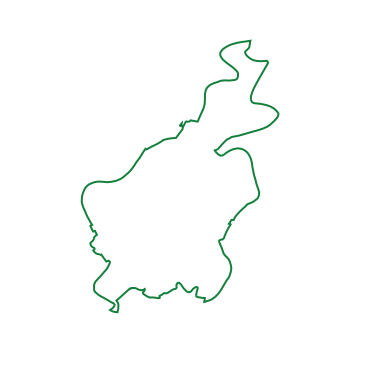 outline of Thanh Ha, Hải Dương, Vietnam, rotated 235°
{"feature_id": "81297802B77309747732529", "entity_name": "Thanh Ha", "entity_type": "district", "adm_level": 2, "iso_a3": "VNM", "parent_name": "Vietnam", "parent_adm1": "Hải Dương", "projection": "equal_earth", "projection_center": [106.42, 20.888], "detail": "fine", "context": "isolated", "style": "outline", "palette": "green", "viewbox_px": 384, "rotation_deg": 235, "n_neighbors": 0, "source": "geoboundaries", "source_scale": "gbopen_adm2", "svg_char_len": 5993}
<svg xmlns="http://www.w3.org/2000/svg" viewBox="0 0 384 384"><g transform="rotate(235 192 192)"><path d="M254.3,223.1L254.2,222.6L253.6,221.5L253.5,221.3L253.5,220.6L253.4,220.4L253.1,220.3L252.9,220.3L252.3,220.9L251.5,221.8L251.2,221.9L250.8,222.0L250.6,221.9L250.2,221.7L249.9,221.1L249.0,220.5L248.9,220.4L245.5,209.9L248.1,205.4L249.3,202.9L251.1,198.3L250.9,197.6L251.1,193.8L251.3,191.8L251.3,191.1L252.3,185.0L253.0,179.1L254.1,178.7L252.7,175.0L250.0,168.7L248.2,163.2L246.7,159.7L245.5,156.1L244.8,153.9L244.5,152.4L244.0,148.6L243.6,144.2L243.6,142.3L243.7,140.9L244.4,137.3L245.4,134.5L246.8,131.5L248.1,129.1L249.3,127.4L250.8,125.7L253.7,122.0L254.6,120.6L255.4,119.0L256.1,117.4L256.7,115.1L257.1,112.9L257.3,111.7L257.2,110.1L256.8,108.0L256.3,106.3L255.1,104.2L253.5,101.8L251.8,99.7L248.3,96.8L246.2,95.5L243.2,94.5L240.6,93.9L232.7,92.3L224.6,91.4L222.3,91.3L222.6,89.4L222.0,89.2L220.3,88.9L216.9,88.4L216.3,88.4L215.9,90.2L211.5,89.6L211.2,86.2L210.7,85.7L210.1,85.0L209.5,84.1L209.1,83.1L208.8,81.8L208.5,79.9L208.3,79.5L208.1,79.2L207.2,78.8L206.0,78.6L204.7,78.7L204.0,78.9L202.2,79.8L201.9,79.8L201.6,79.8L201.3,79.6L201.0,79.2L200.8,78.7L200.8,78.1L200.8,77.6L198.6,77.7L196.5,78.3L195.6,78.9L194.6,79.9L193.9,80.4L193.4,80.8L193.0,81.1L192.9,81.8L184.2,81.9L184.0,82.8L183.7,84.0L183.4,84.2L182.8,84.6L182.2,84.7L181.6,84.5L180.4,82.9L178.9,80.4L178.2,79.0L177.6,77.3L176.7,73.2L175.7,69.5L175.0,66.1L174.0,61.7L173.6,60.7L172.6,59.2L171.4,58.0L169.4,56.6L167.4,55.4L166.6,55.3L165.7,55.3L163.7,55.8L161.1,56.5L158.2,57.8L154.9,59.5L147.5,62.9L146.1,63.7L145.4,63.9L144.8,64.0L144.4,64.0L143.9,63.9L143.2,63.1L142.9,62.4L142.4,60.5L142.3,58.5L142.4,57.2L140.6,58.0L138.7,59.3L138.1,59.9L136.3,61.9L136.9,62.7L137.5,63.4L139.2,65.1L141.2,66.6L142.2,67.2L143.4,67.7L144.4,67.8L146.5,67.9L146.5,69.1L148.5,85.3L148.1,85.5L148.1,85.8L148.3,86.8L147.8,87.7L146.9,89.0L146.1,90.2L145.3,90.8L142.3,92.5L141.1,93.7L140.3,94.5L139.9,95.5L139.7,96.3L139.7,97.6L139.0,97.4L138.7,96.9L138.4,96.3L138.2,95.6L137.9,94.6L137.6,94.1L137.3,93.9L137.0,93.7L136.8,93.7L136.3,93.7L135.5,94.0L131.9,95.5L129.7,97.0L129.2,97.7L128.7,98.7L126.3,101.5L124.5,103.3L123.9,104.2L123.8,104.4L123.8,104.6L123.9,105.0L124.3,105.2L125.2,105.4L125.5,105.7L125.5,106.0L125.4,106.6L125.2,107.8L125.1,108.4L125.2,110.7L125.2,111.0L125.0,111.4L124.1,112.4L123.7,112.8L123.6,113.3L123.4,114.0L123.3,115.0L123.2,118.4L123.1,119.9L123.0,120.6L122.7,121.6L122.2,122.8L122.1,123.7L122.3,124.1L122.6,124.6L123.0,124.9L124.4,125.6L125.1,126.4L125.4,127.0L125.6,127.5L125.7,128.1L125.6,128.6L125.3,129.1L124.8,129.4L124.3,129.6L122.6,129.9L117.9,129.9L114.5,130.4L113.0,130.9L112.3,131.3L111.6,132.2L111.2,132.9L111.1,134.2L111.3,135.0L112.0,137.1L112.1,138.1L112.1,139.2L112.0,140.2L111.5,141.2L111.1,141.7L110.8,141.8L110.4,141.8L110.0,141.6L109.2,140.8L108.3,139.5L107.2,138.2L105.7,136.9L104.4,135.8L104.0,135.7L103.2,136.0L102.4,136.6L99.1,140.0L97.8,141.7L94.9,139.0L93.8,142.2L93.3,144.0L92.8,146.3L92.7,147.7L92.8,150.1L93.0,152.0L93.5,154.6L94.5,157.9L95.5,160.4L99.1,168.3L99.8,169.9L100.5,172.1L101.2,173.8L103.0,176.3L104.2,177.8L105.9,179.5L107.2,180.6L110.1,182.0L113.9,183.2L116.7,183.4L118.0,183.2L120.9,182.7L122.8,182.6L124.1,182.8L129.7,184.4L134.1,185.3L135.4,185.7L136.3,186.1L136.6,186.4L136.6,187.5L136.4,188.3L136.1,189.1L135.6,189.7L135.6,190.1L135.7,190.6L135.8,191.3L135.9,191.6L136.4,192.5L137.4,193.7L137.8,194.3L138.1,195.0L139.1,196.4L139.8,197.6L142.1,202.2L142.4,203.0L142.5,203.5L143.3,205.1L143.6,205.1L144.8,204.0L145.5,205.9L146.5,208.3L145.2,210.1L145.8,211.0L146.6,212.7L147.2,214.1L147.6,215.7L148.4,219.2L149.0,222.7L149.4,225.6L149.5,227.5L150.2,230.1L149.1,235.2L148.9,236.5L149.0,240.6L149.2,242.1L149.5,242.9L150.0,243.7L151.1,245.2L152.5,246.3L153.6,247.0L155.0,247.5L161.8,249.5L165.7,251.0L171.0,252.8L174.5,254.4L178.0,255.9L181.3,257.7L185.6,259.3L187.1,259.6L189.0,259.9L191.5,260.0L192.7,259.9L194.6,259.5L196.5,258.8L199.0,257.2L200.1,256.1L201.6,254.4L202.2,253.2L202.8,251.9L203.4,250.3L204.2,246.6L204.4,243.8L204.4,242.2L204.3,240.5L204.4,238.4L204.5,237.8L204.9,237.1L205.2,236.5L206.5,235.7L207.6,235.1L210.9,234.5L213.0,234.5L212.6,236.1L212.3,237.4L212.4,238.4L212.7,239.4L213.8,244.2L214.7,248.7L214.9,250.5L214.8,251.9L214.3,254.3L214.4,255.3L214.2,256.3L211.5,262.2L210.0,266.4L206.5,276.7L205.0,280.7L203.9,284.1L203.2,286.7L202.3,291.3L202.3,292.8L202.3,294.7L203.0,299.8L203.5,302.4L204.1,304.2L204.7,305.7L205.3,306.6L205.9,307.2L206.4,307.6L207.2,307.9L208.1,307.9L210.4,307.7L213.4,307.0L216.9,305.4L220.4,302.9L224.4,299.2L226.3,297.1L228.3,294.7L229.2,293.9L230.0,293.3L230.7,292.9L231.4,292.8L232.0,292.8L233.0,293.0L235.0,293.9L236.3,295.0L237.5,296.3L239.4,298.9L241.0,301.4L242.7,304.5L245.1,309.3L246.7,312.6L253.2,326.5L253.8,327.7L254.3,328.4L254.7,328.6L255.2,328.7L256.0,328.7L256.5,328.6L257.3,327.3L259.5,323.6L260.5,322.3L262.1,320.4L264.0,318.5L265.6,317.4L267.2,316.5L269.2,315.8L271.6,315.2L273.0,315.0L274.8,315.1L275.8,315.5L276.5,316.2L276.7,317.1L276.9,318.7L277.2,320.5L277.5,321.5L278.3,322.6L281.5,325.5L282.4,326.6L284.4,322.5L286.2,319.1L287.6,316.1L288.6,313.8L290.4,308.6L290.7,307.1L291.0,305.2L291.3,301.9L291.3,299.3L291.1,298.3L290.5,296.3L289.8,295.2L289.0,294.3L288.2,293.9L286.9,293.4L285.4,293.2L282.9,293.2L278.1,294.4L271.1,296.8L267.3,297.7L264.3,298.1L262.8,297.7L261.3,296.7L260.4,296.0L259.7,295.2L259.2,294.3L258.9,293.4L258.9,292.7L259.1,291.8L259.7,290.4L261.9,286.5L265.1,282.2L266.5,279.5L268.7,271.7L269.1,269.7L269.3,267.7L269.2,266.5L268.9,264.7L268.4,263.2L267.4,261.6L265.9,259.9L264.6,258.7L261.9,256.7L260.0,255.4L256.7,252.7L255.2,251.1L253.6,248.9L248.4,240.2L246.5,237.3L246.4,237.0L251.5,231.9L251.3,231.2L251.3,230.4L251.5,229.7L251.8,229.1L253.1,227.7L252.8,226.5L251.0,223.2L250.8,222.4L251.3,222.3L251.7,222.2L252.0,221.9L252.6,221.2L252.9,220.8L253.1,220.8L253.1,221.5L253.2,221.8L253.7,222.4L253.8,222.7L254.3,223.1Z" fill="none" stroke="#15803d" stroke-width="2"/></g></svg>